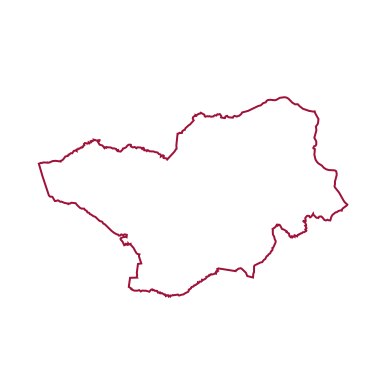 outline of Huamboya, Morona Santiago, Ecuador, rotated 8°
{"feature_id": "8360857B57232990650034", "entity_name": "Huamboya", "entity_type": "district", "adm_level": 2, "iso_a3": "ECU", "parent_name": "Ecuador", "parent_adm1": "Morona Santiago", "projection": "orthographic", "projection_center": [-77.997, -1.985], "detail": "fine", "context": "isolated", "style": "outline", "palette": "rose", "viewbox_px": 384, "rotation_deg": 8, "n_neighbors": 0, "source": "geoboundaries", "source_scale": "gbopen_adm2", "svg_char_len": 6050}
<svg xmlns="http://www.w3.org/2000/svg" viewBox="0 0 384 384"><g transform="rotate(8 192 192)"><path d="M302.2,95.1L301.5,95.5L296.8,95.4L290.2,94.1L286.7,92.1L284.6,90.4L282.0,90.8L280.6,90.3L279.0,89.6L274.4,86.1L272.3,85.3L270.2,85.3L265.9,86.5L262.7,89.0L261.4,89.6L256.4,89.8L254.4,90.4L253.3,91.2L252.6,92.9L250.1,94.1L248.2,96.5L245.5,97.7L236.2,103.9L230.5,106.3L230.1,107.6L228.4,109.7L225.7,111.1L223.6,110.7L222.5,111.5L222.1,112.7L218.1,112.9L216.7,112.4L216.3,111.7L215.5,111.9L214.5,112.8L214.5,114.0L214.2,114.3L210.9,114.2L210.4,114.1L210.5,113.0L210.2,112.5L209.0,111.1L208.5,111.0L207.0,111.7L206.3,111.5L205.5,112.9L204.0,112.8L203.2,113.4L202.7,114.2L200.2,114.8L198.6,114.5L197.7,114.9L196.5,114.8L194.7,115.6L194.0,115.1L193.4,113.7L189.6,112.3L188.9,113.4L187.8,113.6L185.9,115.3L184.9,115.2L185.3,116.1L184.0,116.3L182.7,117.7L182.5,119.2L183.7,120.9L180.6,125.5L179.5,126.3L176.6,129.8L176.3,131.3L175.1,131.9L173.8,133.4L173.9,134.8L172.9,135.2L171.3,135.1L170.7,136.0L169.6,136.3L170.0,147.8L170.7,151.4L170.2,151.8L169.0,154.5L162.9,163.3L162.1,162.3L159.1,162.3L158.7,161.5L159.2,160.3L158.7,159.8L157.7,159.8L156.2,161.2L156.1,160.1L155.5,159.2L153.7,158.9L152.5,157.7L149.8,157.6L148.2,157.2L144.4,157.6L142.5,156.7L141.6,157.8L140.6,157.0L139.0,157.4L138.6,157.0L138.3,155.4L137.6,155.0L137.1,155.2L136.6,156.3L135.2,155.1L131.6,155.4L130.9,156.4L129.0,155.4L127.2,156.1L125.1,155.4L125.0,153.9L124.6,153.7L122.7,154.0L121.5,155.1L120.6,156.8L119.0,158.0L117.6,158.5L117.4,159.6L115.7,161.9L113.0,161.9L112.9,160.7L111.6,161.2L110.8,159.9L108.6,159.6L107.7,160.0L105.2,159.2L102.3,159.5L101.4,159.3L100.9,160.2L99.7,159.7L99.2,160.7L96.8,158.4L93.9,158.0L92.0,155.6L93.3,154.0L93.2,153.5L90.2,154.4L88.6,153.9L88.2,154.2L87.2,153.9L87.3,154.7L86.4,155.5L85.6,155.4L85.3,156.4L84.6,156.1L84.6,157.1L83.9,157.4L83.6,158.0L82.6,157.3L82.5,158.3L81.6,158.7L80.2,158.4L79.0,158.5L78.3,159.6L78.9,160.6L77.8,161.7L77.6,162.6L77.0,162.6L76.7,163.5L75.6,163.5L74.5,164.8L73.3,164.9L73.0,165.8L71.8,166.0L71.6,166.3L72.0,167.5L70.8,167.1L69.2,167.8L68.0,170.3L66.5,170.5L65.4,171.9L64.6,172.1L64.6,172.7L63.7,173.4L63.8,173.7L61.7,174.4L59.8,177.8L58.6,179.0L57.6,179.4L57.6,180.1L52.5,180.1L49.4,180.9L47.0,182.5L45.3,183.1L44.9,182.8L44.2,183.1L40.7,183.4L39.5,184.1L38.3,184.2L36.4,185.3L41.9,197.5L50.8,215.4L52.3,216.4L53.9,216.1L54.5,216.3L57.4,220.0L58.0,220.0L60.5,218.9L62.9,220.0L64.0,219.7L67.1,220.5L70.2,220.7L71.1,221.2L71.7,220.4L72.8,220.5L74.0,219.4L78.4,219.3L79.9,220.8L83.3,223.3L84.9,223.8L87.6,223.5L88.2,224.4L90.5,225.5L91.3,226.8L93.0,226.9L93.9,228.1L95.6,228.5L97.5,229.6L99.8,230.1L104.3,233.4L107.3,234.0L108.4,235.5L110.3,236.2L117.9,241.8L120.6,243.3L123.4,244.4L124.9,244.5L125.5,245.3L126.8,245.2L127.8,243.9L129.5,244.2L131.4,243.3L133.4,243.5L133.5,245.8L132.7,245.5L131.6,246.0L130.8,245.8L127.9,247.7L127.7,248.4L128.1,249.1L130.3,251.0L132.3,254.2L132.8,254.0L132.9,253.3L133.8,253.3L133.8,252.5L135.2,252.4L135.4,253.2L135.7,253.3L136.3,252.8L136.2,252.0L136.9,252.7L138.4,251.9L138.7,252.8L141.8,255.4L145.3,260.1L146.5,260.9L148.6,261.1L148.3,262.0L148.5,263.3L151.7,269.8L148.5,270.8L148.6,279.8L149.3,282.2L149.1,283.9L149.5,284.4L142.6,285.6L142.6,294.8L145.5,296.1L145.4,296.7L145.8,296.9L148.5,297.7L151.8,297.3L153.4,296.5L155.2,297.6L156.5,296.5L159.1,296.4L159.8,296.1L163.6,296.7L165.2,294.3L166.3,294.0L166.8,294.7L167.7,294.3L168.9,295.0L171.2,294.8L172.3,296.4L173.2,296.0L174.2,296.6L174.5,296.0L175.5,296.7L176.4,296.3L178.8,297.5L179.3,297.2L179.7,297.8L180.6,297.8L180.7,298.6L182.5,297.5L183.5,298.7L184.1,297.8L184.7,297.8L185.0,298.2L185.3,297.5L186.6,297.4L187.4,296.7L188.3,296.8L192.3,295.5L193.0,296.2L193.7,296.3L195.9,295.2L197.8,294.6L199.4,293.1L201.8,291.6L202.6,290.2L202.4,289.1L203.2,288.7L204.4,287.5L204.4,286.8L204.9,286.1L206.4,285.5L206.9,284.9L206.9,284.4L208.7,283.5L209.1,282.8L210.6,281.7L210.5,280.7L211.3,281.0L211.9,279.7L213.5,279.5L214.4,278.3L214.2,277.5L215.4,277.5L217.5,275.9L218.5,274.3L218.2,273.9L220.3,273.0L220.5,272.0L221.2,272.0L221.4,271.4L222.1,271.3L222.4,270.7L223.6,270.8L224.9,270.3L226.2,269.3L227.1,269.6L227.2,269.0L226.7,268.2L227.2,267.0L227.7,266.8L228.0,267.3L228.6,266.7L228.2,266.5L228.3,265.7L227.7,264.8L228.0,264.6L228.5,264.9L228.9,264.0L246.3,264.3L246.5,263.4L247.3,263.0L248.5,261.6L250.8,260.7L251.8,261.0L256.6,264.4L258.4,267.5L264.3,268.2L264.1,264.1L264.6,262.8L263.8,257.0L264.2,256.0L269.4,252.4L271.3,251.7L272.4,249.5L273.9,248.1L274.8,245.3L275.9,244.5L276.5,243.1L277.6,242.2L278.2,241.3L278.4,240.0L279.6,238.6L279.7,237.4L279.4,236.3L280.1,235.9L281.6,231.0L281.8,229.1L280.2,226.7L279.7,225.0L278.1,222.8L277.5,220.2L277.4,218.5L276.9,217.5L279.5,215.1L280.6,212.5L281.2,212.4L281.6,213.3L282.8,212.3L283.8,212.7L286.3,216.1L288.1,216.4L291.3,217.8L291.0,218.4L293.9,219.7L294.4,221.7L295.6,222.7L296.2,222.2L296.6,223.0L297.2,222.4L297.7,222.8L298.1,221.9L299.0,222.0L299.3,221.6L299.8,221.9L299.7,220.6L302.3,221.3L302.7,219.8L303.6,219.6L304.1,218.7L304.7,218.6L305.3,217.9L306.5,217.6L307.3,216.5L309.0,216.0L309.5,215.3L310.5,214.7L310.6,214.1L309.4,213.2L310.4,211.7L308.8,209.7L309.7,209.2L309.6,208.8L308.3,206.5L306.5,205.7L306.3,205.4L306.6,205.0L308.6,204.7L307.8,202.0L309.0,199.9L310.0,199.4L311.3,199.4L312.2,200.6L312.8,200.6L314.1,198.8L315.0,196.6L315.5,197.7L318.8,200.2L320.0,200.0L320.7,200.2L321.4,198.7L323.2,198.2L324.5,198.9L327.0,201.3L328.6,201.5L330.1,200.6L331.1,201.0L332.9,200.9L333.5,196.9L334.3,195.1L337.0,192.2L338.1,191.9L339.7,190.4L341.9,189.4L342.9,189.6L343.3,187.6L347.5,183.4L347.6,182.9L344.7,180.9L343.3,179.4L337.9,172.3L333.0,167.6L332.3,166.5L332.5,164.3L332.1,161.9L332.9,155.4L332.7,153.6L331.9,151.4L330.4,150.7L324.7,151.2L322.0,150.9L319.2,149.7L317.0,147.8L313.2,146.1L311.6,144.8L309.8,142.7L308.0,138.1L307.7,132.4L306.2,131.9L306.0,131.5L306.6,129.7L307.9,129.0L308.5,127.5L307.9,124.4L305.6,121.3L306.6,113.7L305.6,109.9L306.8,107.7L307.2,106.2L307.1,102.2L303.3,97.2L302.2,95.1Z" fill="none" stroke="#9f1239" stroke-width="2"/></g></svg>